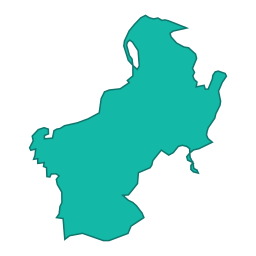 Porto Rico do Maranhão, Maranhão, Brazil (Mercator projection)
{"feature_id": "56859067B69390320621521", "entity_name": "Porto Rico do Maranhão", "entity_type": "district", "adm_level": 2, "iso_a3": "BRA", "parent_name": "Brazil", "parent_adm1": "Maranhão", "projection": "mercator", "projection_center": [-44.622, -1.877], "detail": "medium", "context": "isolated", "style": "filled", "palette": "teal", "viewbox_px": 256, "rotation_deg": 0, "n_neighbors": 0, "source": "geoboundaries", "source_scale": "gbopen_adm2", "svg_char_len": 1835}
<svg xmlns="http://www.w3.org/2000/svg" viewBox="0 0 256 256"><path d="M189.8,153.0L193.6,149.9L198.9,148.7L212.3,142.2L208.0,138.6L206.5,135.0L207.1,131.3L208.2,127.8L214.8,118.1L215.8,113.8L220.0,105.3L220.6,101.3L218.5,91.1L222.2,82.4L226.4,76.3L225.2,73.5L218.2,71.1L215.2,71.9L212.9,75.2L212.3,79.1L208.1,89.2L205.2,89.1L204.1,85.3L196.2,86.9L197.0,82.0L194.3,79.6L192.8,76.0L194.5,72.4L192.5,68.4L196.6,58.5L195.5,54.1L188.6,47.8L183.9,47.0L176.6,43.1L171.1,37.0L170.0,33.3L173.0,31.1L186.7,28.0L168.2,20.7L164.9,19.9L162.0,20.4L157.9,18.0L153.7,18.9L149.4,17.8L145.5,15.4L140.8,17.8L134.4,24.5L129.2,30.8L124.5,40.9L123.8,45.9L128.3,60.3L132.9,65.4L132.9,75.9L127.3,80.5L129.2,82.7L120.2,88.8L109.3,90.0L104.5,91.9L101.2,98.6L99.2,112.9L88.0,118.9L77.1,122.9L64.5,125.7L60.1,128.5L56.8,129.1L54.0,130.7L52.5,138.1L44.4,138.8L44.5,135.5L48.5,133.9L48.3,129.1L44.1,127.7L38.3,129.6L32.2,136.1L33.2,140.8L29.6,147.8L30.8,150.3L35.7,149.0L35.0,155.4L33.6,159.3L37.7,158.7L37.8,163.4L44.2,162.6L43.5,166.5L46.5,167.6L46.9,176.6L49.9,177.0L51.2,174.0L56.0,173.8L59.1,175.9L56.3,179.4L57.3,184.4L61.8,192.2L61.9,202.6L60.0,206.5L59.1,214.0L56.5,217.6L63.1,218.5L64.8,239.4L69.6,235.7L82.5,233.3L103.4,240.6L109.0,240.6L128.0,233.4L131.0,226.1L143.9,217.6L142.0,213.0L136.4,205.7L132.8,202.5L128.3,200.3L122.8,195.3L128.4,194.9L137.5,183.6L138.4,172.7L150.1,167.7L151.8,165.1L152.8,160.6L161.3,150.1L168.7,155.1L173.3,152.6L178.3,146.4L182.3,145.3L186.7,146.4L189.6,148.6L189.8,153.0ZM132.9,65.4L132.0,59.0L129.4,55.5L126.6,45.1L127.4,42.2L129.8,40.1L132.5,42.1L138.1,50.6L139.3,66.0L137.2,69.4L132.9,65.4ZM192.9,162.6L190.9,165.5L190.9,169.5L193.4,171.9L198.3,173.1L197.0,170.1L193.9,168.5L192.9,162.6ZM192.9,162.6L190.1,157.3L189.8,153.0L186.7,156.7L187.6,160.1L192.9,162.6Z" fill="#14b8a6" stroke="#0f766e" stroke-width="1.5"/></svg>